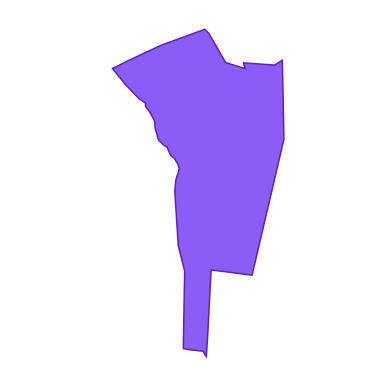 outline of São Braz do Piauí, Piauí, Brazil, rotated 184°
{"feature_id": "56859067B60100014929673", "entity_name": "São Braz do Piauí", "entity_type": "district", "adm_level": 2, "iso_a3": "BRA", "parent_name": "Brazil", "parent_adm1": "Piauí", "projection": "natural_earth1", "projection_center": [-42.969, -8.916], "detail": "fine", "context": "isolated", "style": "filled", "palette": "violet", "viewbox_px": 384, "rotation_deg": 184, "n_neighbors": 0, "source": "geoboundaries", "source_scale": "gbopen_adm2", "svg_char_len": 860}
<svg xmlns="http://www.w3.org/2000/svg" viewBox="0 0 384 384"><g transform="rotate(184 192 192)"><path d="M190.6,355.2L210.5,346.3L227.8,338.6L232.6,336.5L249.8,327.0L266.4,317.6L280.0,309.6L266.2,294.9L257.0,286.4L250.9,281.0L248.3,279.7L244.6,277.2L244.3,274.3L238.7,267.5L236.1,263.0L234.1,260.0L233.7,257.1L233.3,253.2L230.9,246.9L230.1,243.6L228.3,240.6L226.4,239.5L224.8,237.8L222.6,236.3L220.0,235.0L215.9,227.1L212.3,224.6L208.7,219.9L206.5,215.3L206.9,211.4L208.9,203.4L209.3,191.9L204.6,157.1L202.0,137.6L193.8,112.6L190.1,41.3L189.7,35.3L185.1,34.6L169.7,33.9L167.9,30.8L166.2,28.8L166.3,47.9L167.5,115.6L126.3,113.2L112.0,201.3L104.0,251.0L107.8,293.8L108.8,304.8L111.1,329.8L118.4,324.4L138.7,324.4L149.6,324.4L147.6,318.8L167.5,323.5L174.1,333.3L182.8,346.3L186.4,351.5L190.6,355.2Z" fill="#8b5cf6" stroke="#5b21b6" stroke-width="1.5"/></g></svg>